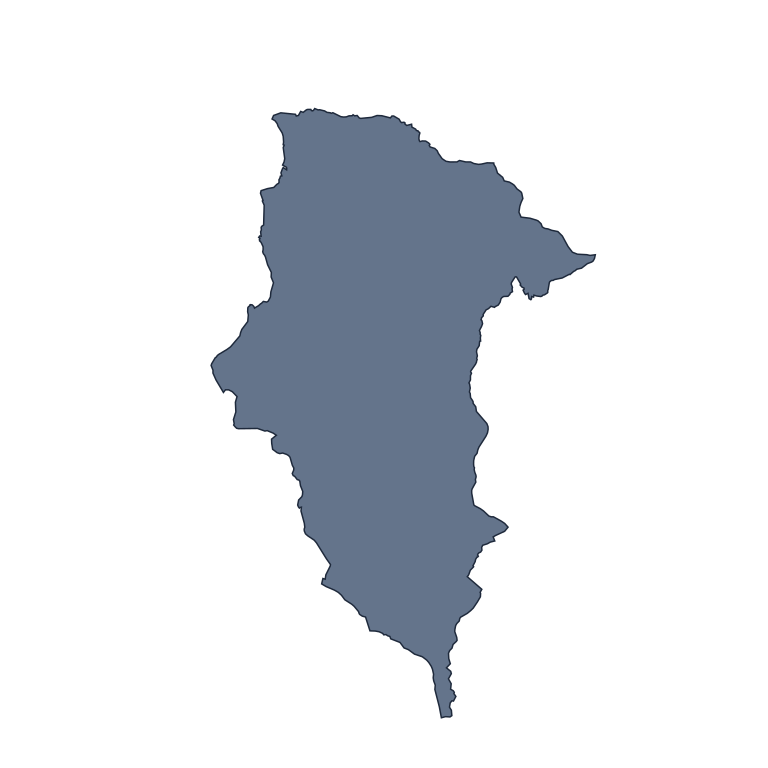 the district of Ilva Mare, Bistrita-Nasaud, Romania, rotated 34°
{"feature_id": "2599482B81473048811011", "entity_name": "Ilva Mare", "entity_type": "district", "adm_level": 2, "iso_a3": "ROU", "parent_name": "Romania", "parent_adm1": "Bistrita-Nasaud", "projection": "mercator", "projection_center": [24.906, 47.351], "detail": "fine", "context": "isolated", "style": "filled", "palette": "slate", "viewbox_px": 768, "rotation_deg": 34, "n_neighbors": 0, "source": "geoboundaries", "source_scale": "gbopen_adm2", "svg_char_len": 6158}
<svg xmlns="http://www.w3.org/2000/svg" viewBox="0 0 768 768"><g transform="rotate(34 384 384)"><path d="M548.2,591.6L552.7,590.6L560.3,590.9L568.3,588.7L573.7,589.0L576.8,589.8L581.0,591.6L583.6,593.3L587.4,596.9L589.1,600.1L591.2,602.3L594.9,605.0L597.0,608.8L610.3,620.6L618.2,628.6L621.0,625.4L624.9,623.1L625.7,621.0L622.3,616.8L619.0,615.3L617.2,611.3L617.5,608.6L618.9,608.0L618.3,602.8L615.1,601.6L614.7,600.3L613.0,599.6L609.9,599.8L607.3,594.9L602.3,592.4L601.8,586.5L600.0,584.9L594.5,584.4L595.4,578.8L591.3,575.5L588.0,571.1L587.5,568.2L588.1,565.0L586.9,561.3L587.9,557.0L587.9,555.6L586.0,553.4L581.1,549.7L580.1,548.0L578.5,544.2L578.3,541.9L578.9,538.4L577.9,536.0L577.9,534.5L581.3,527.6L582.6,523.3L583.3,519.9L583.3,512.4L582.9,506.5L581.2,503.6L580.2,503.0L579.9,499.5L560.8,497.2L560.9,494.9L559.7,490.1L560.5,485.4L559.4,484.9L558.9,480.3L558.0,478.1L557.9,475.5L558.4,475.1L558.5,474.0L557.2,473.5L556.9,472.3L557.1,470.9L558.1,469.3L558.1,467.0L556.3,464.8L556.0,462.5L559.1,458.6L560.5,455.7L563.6,452.2L560.0,449.7L561.2,447.2L566.4,438.6L566.9,433.3L562.0,432.1L558.0,432.1L549.0,432.9L547.1,434.2L544.7,434.8L537.5,433.6L533.6,433.5L527.2,434.2L526.1,434.0L517.8,425.5L516.2,423.2L515.7,421.6L515.0,414.0L513.2,412.1L512.3,409.5L511.2,408.2L508.6,406.4L506.6,404.5L505.8,402.8L504.6,402.2L503.0,400.2L501.2,397.4L499.6,393.3L499.9,389.4L498.6,386.1L498.0,383.1L497.7,370.2L497.1,366.6L495.7,363.4L494.1,361.2L491.4,359.3L476.0,355.1L472.8,351.6L468.7,350.2L467.9,349.0L466.8,348.3L463.4,346.9L460.7,343.6L459.3,342.9L457.8,339.2L455.1,336.3L453.8,335.6L453.4,332.3L451.0,328.7L450.5,326.1L449.0,325.5L448.7,324.8L448.7,324.0L448.8,316.4L448.4,314.0L447.9,313.2L447.6,311.7L446.4,310.8L445.7,308.5L442.7,305.6L441.6,303.3L441.5,299.0L439.6,295.5L439.5,294.9L440.1,294.4L438.1,291.9L437.0,289.5L436.0,289.1L434.9,287.5L433.2,286.3L432.7,281.8L432.0,278.9L429.8,276.8L428.5,276.5L428.4,275.6L427.8,274.7L428.2,272.0L427.3,270.9L427.2,265.4L428.5,263.1L429.2,259.8L432.8,258.6L432.8,257.9L434.6,254.6L434.5,251.2L433.3,247.9L433.5,246.2L434.3,244.5L437.7,242.0L438.2,239.4L437.8,238.0L438.9,235.6L437.0,233.6L436.5,232.1L433.6,230.0L433.0,228.7L432.8,222.1L433.4,221.3L434.2,221.2L441.4,224.7L441.5,225.8L444.2,226.5L446.5,226.2L447.2,227.1L446.8,228.4L449.6,230.1L451.3,230.7L452.7,228.3L456.5,232.1L458.6,232.0L458.7,231.1L457.5,228.9L459.4,228.3L458.6,226.5L461.3,225.7L465.1,223.8L465.8,222.8L466.1,221.4L467.2,220.3L468.5,217.2L468.6,216.6L467.4,214.8L467.3,213.9L464.5,207.8L464.2,206.6L464.9,204.6L466.3,203.5L467.0,202.0L472.5,196.4L476.3,189.4L477.0,189.3L478.3,184.5L479.1,183.2L479.7,181.0L483.0,177.5L485.3,170.5L488.0,166.7L488.6,165.0L488.3,162.2L486.9,158.7L482.9,162.2L479.8,163.4L471.8,168.2L466.5,169.4L459.7,167.1L449.1,161.6L442.9,160.4L437.1,162.8L433.3,163.7L430.3,165.1L427.4,165.3L424.6,163.3L420.5,162.6L418.8,162.9L412.4,164.9L404.3,169.0L399.8,166.1L397.2,160.7L396.1,156.8L395.4,152.6L391.4,148.7L390.0,148.1L385.2,147.9L380.9,146.4L378.5,146.3L375.1,146.5L370.1,148.4L366.8,146.3L360.2,145.7L355.5,142.0L352.3,140.5L351.4,139.4L345.8,143.0L341.8,147.2L339.5,149.1L335.1,151.0L331.6,151.5L327.6,154.2L321.6,156.5L320.3,159.1L314.6,163.0L310.8,164.7L306.2,164.7L300.1,162.4L297.7,160.9L294.4,160.3L289.7,161.7L288.2,161.0L288.0,159.6L286.1,159.2L282.7,159.3L279.8,161.1L278.3,162.9L277.3,162.6L275.8,161.2L274.2,158.4L273.4,155.9L272.8,155.5L271.4,155.6L270.7,155.1L269.1,155.7L267.7,155.0L263.5,155.4L261.6,153.2L258.2,157.0L255.9,156.7L255.4,155.8L254.2,155.8L252.3,157.5L251.0,157.3L248.4,156.0L242.2,156.4L240.7,157.4L240.5,159.8L232.2,162.8L228.1,165.3L224.7,169.8L216.2,176.8L214.8,177.3L211.6,176.4L209.7,178.1L207.8,178.1L207.6,179.4L205.0,181.3L203.4,183.6L201.2,185.3L198.7,186.5L189.9,187.7L188.9,189.1L187.7,189.2L184.8,190.7L182.1,190.8L177.3,192.6L176.1,193.6L172.5,194.4L172.6,195.6L172.2,197.4L171.0,197.9L169.8,197.3L167.8,198.6L166.8,199.4L166.2,200.5L165.1,204.0L162.5,204.6L162.9,209.2L161.4,210.9L159.8,209.9L146.8,216.9L142.3,223.1L143.0,226.9L146.5,226.7L149.9,227.9L152.1,229.6L159.2,232.8L161.9,235.0L165.5,239.6L166.6,242.0L167.7,241.8L168.2,244.3L175.7,252.7L177.0,255.9L177.5,259.2L182.0,258.9L182.9,259.8L183.5,260.9L179.4,260.9L179.5,262.5L180.5,266.6L182.9,268.6L181.9,269.6L182.6,271.7L182.7,273.4L184.3,275.6L184.3,276.7L183.5,278.4L182.7,282.7L178.2,287.1L174.0,292.4L174.9,294.9L181.1,299.5L180.8,300.3L184.7,302.8L195.3,319.5L194.4,321.8L194.6,322.9L196.2,324.9L196.6,326.8L199.5,330.2L198.1,330.9L198.2,332.6L199.7,332.5L200.0,334.1L200.7,334.4L200.8,334.9L202.9,335.3L207.0,337.8L208.7,340.3L209.5,342.2L211.1,343.4L213.0,344.0L214.7,345.0L220.8,350.2L228.2,354.5L230.6,358.4L235.8,361.9L238.7,370.9L241.2,375.4L241.7,380.1L240.9,381.7L237.8,383.0L237.3,385.7L236.8,386.6L236.2,389.2L234.2,393.5L232.8,392.5L230.5,392.1L229.0,392.8L228.6,393.5L229.0,393.9L228.4,396.0L228.5,397.0L230.6,400.4L232.9,402.6L236.1,408.4L235.6,418.2L236.3,421.4L237.6,424.7L236.0,439.0L234.4,443.4L230.5,451.7L229.9,453.5L229.9,455.5L229.4,456.6L229.8,463.5L230.3,465.3L234.5,468.2L236.1,470.6L242.5,474.6L255.6,480.8L255.8,477.5L258.5,475.7L262.6,475.2L269.2,476.6L271.0,482.2L276.8,490.0L279.1,497.7L282.0,500.7L282.3,502.1L284.8,502.8L286.6,503.1L288.4,502.4L304.0,491.6L311.6,489.6L313.2,488.0L319.5,486.7L323.4,486.7L321.6,492.6L324.1,496.0L328.2,500.4L333.8,500.7L336.5,500.0L338.6,497.9L342.7,496.8L345.0,496.7L347.1,497.3L353.4,502.6L356.2,504.1L357.3,505.9L358.0,509.5L359.9,510.7L361.6,510.5L365.6,511.8L366.9,511.2L368.5,511.6L371.6,515.0L376.7,518.5L378.4,521.5L378.9,523.3L378.1,527.9L380.1,532.6L381.7,533.7L383.2,534.2L383.4,533.4L384.4,532.3L386.2,535.7L395.8,544.0L398.4,547.0L399.0,549.0L400.1,550.4L402.7,552.1L405.7,552.5L413.5,552.5L417.0,553.5L434.0,561.1L440.6,563.6L441.2,564.9L442.5,574.7L444.4,578.7L442.1,579.4L444.1,584.6L449.3,584.3L458.2,582.6L462.6,582.3L466.8,582.9L472.2,584.8L480.5,584.6L483.6,585.0L490.1,586.9L491.9,588.3L492.8,588.6L495.8,588.6L499.0,587.5L510.4,596.5L514.9,593.7L518.6,592.1L522.4,591.5L524.0,592.1L525.8,590.6L527.8,590.7L530.0,590.0L532.1,591.5L541.8,589.3L548.2,591.6Z" fill="#64748b" stroke="#1e293b" stroke-width="1.5"/></g></svg>